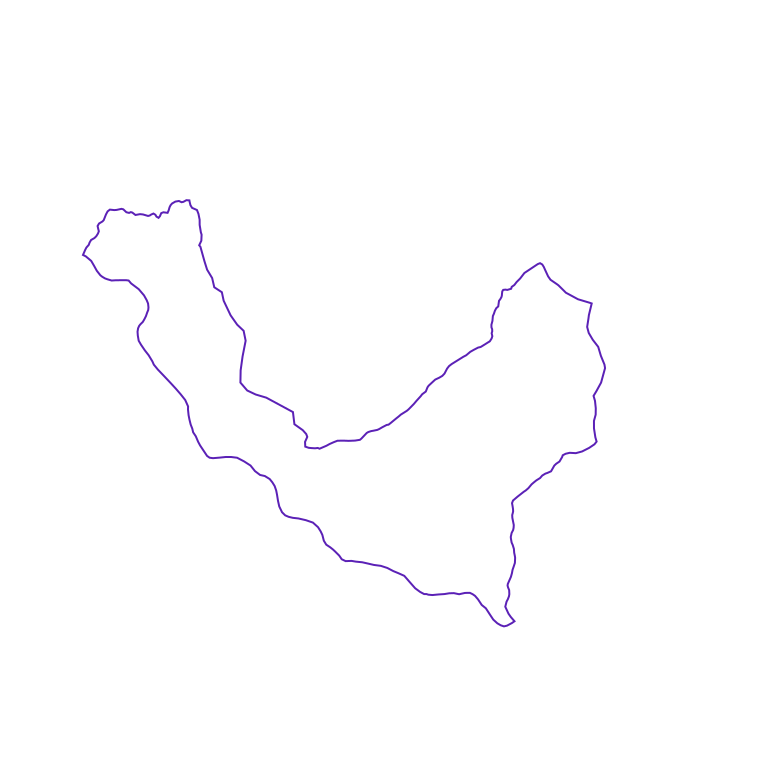 Guma, Punakha, Bhutan (Albers equal-area conic projection), rotated 156°
{"feature_id": "84629894B46754889891029", "entity_name": "Guma", "entity_type": "district", "adm_level": 2, "iso_a3": "BTN", "parent_name": "Bhutan", "parent_adm1": "Punakha", "projection": "albers", "projection_center": [89.837, 27.577], "detail": "fine", "context": "isolated", "style": "outline", "palette": "violet", "viewbox_px": 768, "rotation_deg": 156, "n_neighbors": 0, "source": "geoboundaries", "source_scale": "gbopen_adm2", "svg_char_len": 4846}
<svg xmlns="http://www.w3.org/2000/svg" viewBox="0 0 768 768"><g transform="rotate(156 384 384)"><path d="M606.5,624.3L604.5,621.9L601.4,615.5L600.8,610.0L600.3,604.2L598.9,598.7L597.8,596.6L595.9,593.9L593.9,592.0L590.7,589.3L587.2,588.0L583.7,586.5L577.5,583.8L575.2,582.4L574.1,578.7L569.5,570.4L567.2,562.6L566.7,557.2L566.8,553.5L568.0,549.8L569.3,547.5L571.2,545.7L573.9,542.8L576.6,540.6L579.1,538.8L582.3,537.6L584.0,536.7L586.0,534.9L587.9,532.0L589.2,528.4L590.5,523.3L590.0,518.7L588.8,512.0L587.3,506.0L586.4,498.9L586.4,495.3L584.7,489.1L581.9,481.3L578.5,471.6L576.1,464.5L573.9,457.2L572.1,450.2L572.1,443.2L573.4,440.5L575.2,435.0L576.2,430.6L577.1,425.6L577.3,421.2L578.0,417.5L577.2,412.8L577.3,406.9L577.0,402.7L576.0,396.8L574.9,390.3L573.3,387.6L570.4,385.8L564.1,383.6L558.0,381.6L553.2,379.4L548.2,376.4L543.3,370.2L539.1,363.8L537.3,356.9L534.2,351.3L530.3,348.4L527.1,343.7L526.0,339.6L525.4,335.3L525.8,330.6L526.7,326.6L528.4,320.2L529.5,314.7L529.3,308.3L527.7,304.2L525.1,301.4L521.7,298.8L516.9,296.0L510.8,291.4L505.3,286.3L502.5,280.0L501.8,275.1L501.7,271.2L502.7,265.3L502.1,260.7L499.5,256.6L497.9,253.5L496.8,250.9L494.7,245.4L493.9,241.1L491.1,237.8L485.6,235.6L482.0,233.2L476.4,230.0L471.7,226.5L466.8,222.8L460.9,219.2L455.8,214.6L451.6,209.3L447.8,205.3L443.5,200.5L441.1,192.7L438.6,184.7L435.6,179.4L432.8,175.8L430.6,174.8L429.2,173.5L425.6,171.5L419.9,169.6L414.2,167.5L409.6,166.3L405.2,164.5L400.9,161.4L395.0,160.2L390.5,158.3L388.5,155.9L387.0,153.4L385.7,149.0L384.6,142.4L382.2,137.7L380.9,129.6L380.0,124.3L377.8,119.3L375.5,116.1L373.0,113.8L369.9,113.2L364.3,113.6L361.3,114.2L362.9,119.5L363.7,123.6L363.8,131.2L360.5,135.4L358.4,137.0L356.2,139.2L355.0,141.0L353.5,144.8L353.4,147.8L353.1,149.6L352.2,151.0L346.5,156.2L344.1,159.1L342.1,162.0L340.2,164.0L337.2,167.3L334.9,171.9L334.4,173.7L333.7,176.9L332.4,180.5L331.9,184.6L331.9,187.2L331.0,190.9L330.4,192.7L328.0,196.0L325.4,198.1L324.1,199.9L322.8,202.4L321.2,209.5L320.2,212.1L318.8,213.8L317.8,215.2L317.0,217.3L316.2,220.2L315.5,223.1L313.5,225.1L307.7,226.8L300.2,228.7L297.8,229.1L294.5,230.1L290.0,232.3L287.0,233.2L284.0,234.0L279.7,234.6L276.7,236.0L273.0,236.5L271.0,236.3L266.9,236.3L264.3,238.2L261.6,240.2L259.1,241.1L257.4,241.4L255.2,241.8L251.0,244.8L249.7,246.2L246.4,246.4L242.3,245.6L236.9,242.8L230.5,241.8L222.6,242.2L216.3,243.3L213.2,244.9L212.6,249.3L210.2,258.1L207.2,264.9L203.1,269.9L200.4,275.7L198.1,282.8L197.4,287.9L192.7,291.2L185.1,297.0L175.6,308.6L174.7,312.1L174.4,321.6L173.2,330.8L175.3,339.5L176.2,347.4L175.2,353.5L170.5,360.8L168.8,363.6L161.5,373.1L163.1,374.6L172.3,382.5L178.9,391.1L180.7,393.4L181.8,396.3L184.5,403.2L185.4,404.8L189.5,411.5L190.3,415.6L190.4,422.5L190.4,425.9L190.8,428.8L192.3,430.9L194.8,431.0L210.6,428.3L216.7,425.0L221.4,423.2L224.7,421.4L227.8,420.8L229.1,419.3L233.1,419.8L234.6,420.8L236.8,421.5L238.3,420.5L239.3,418.8L240.4,416.8L241.4,415.6L243.3,414.2L245.1,413.2L248.1,408.4L250.6,407.6L252.9,405.8L255.0,403.5L256.9,401.8L259.3,397.5L261.8,394.4L262.8,392.0L262.9,390.1L263.7,388.1L265.0,386.6L265.6,383.6L267.2,381.8L269.9,380.0L278.3,378.8L280.7,378.5L283.2,379.0L288.1,378.7L292.1,378.3L297.3,376.8L300.5,376.6L303.3,376.2L314.1,374.7L317.3,373.9L320.1,372.4L321.6,371.2L324.5,368.9L327.4,367.7L330.9,367.3L335.4,367.2L337.5,366.5L343.9,364.3L345.6,363.3L348.9,360.1L353.3,359.1L355.5,357.9L361.4,355.3L364.9,353.6L372.0,350.8L374.1,350.2L381.1,349.2L383.0,348.6L384.8,348.1L386.4,347.7L393.6,345.7L396.4,345.0L398.2,345.5L403.1,345.2L406.8,344.8L408.8,344.8L412.5,345.6L414.9,346.2L417.8,346.5L419.7,346.3L426.9,343.3L428.7,342.8L433.5,344.1L439.3,346.4L444.2,348.8L449.6,351.1L453.7,351.3L458.1,351.3L461.7,351.0L469.2,351.1L470.5,352.5L473.1,353.3L476.2,354.9L478.7,356.3L481.4,358.8L479.7,363.2L475.6,366.9L475.4,369.9L477.0,374.9L482.2,383.7L478.6,395.4L497.1,419.4L505.5,426.6L511.6,433.7L514.6,443.7L509.4,454.8L502.0,466.7L492.8,479.8L490.6,489.7L494.0,497.9L496.2,509.1L496.6,525.3L494.8,533.8L499.7,541.4L497.9,550.7L499.1,560.4L498.1,569.1L495.9,584.0L496.4,585.9L492.6,589.2L489.9,594.6L489.6,597.1L487.7,604.3L485.6,609.1L484.3,614.9L484.1,619.0L487.7,623.0L488.1,626.1L487.5,629.3L487.1,630.9L489.8,632.3L493.2,632.0L495.0,632.4L496.9,634.6L500.4,635.5L504.2,635.1L506.3,634.1L508.0,632.7L510.1,630.2L512.1,628.4L515.7,630.6L518.0,630.7L520.5,628.4L522.4,627.5L523.8,629.5L524.0,631.6L525.3,633.5L527.8,633.5L529.5,633.2L531.2,633.5L535.2,636.9L537.8,638.4L542.3,639.5L544.2,643.0L545.4,644.0L547.3,644.0L549.5,645.7L551.1,649.6L552.6,650.8L557.5,651.8L559.7,652.6L563.5,654.8L566.3,654.1L569.0,652.0L573.4,647.7L575.1,647.0L579.1,646.5L581.4,644.8L582.0,641.8L582.4,639.5L584.1,637.8L586.8,636.0L589.2,635.1L593.0,634.7L595.4,633.0L597.1,631.2L600.4,629.7L602.5,628.0L606.5,624.3Z" fill="none" stroke="#5b21b6" stroke-width="2"/></g></svg>